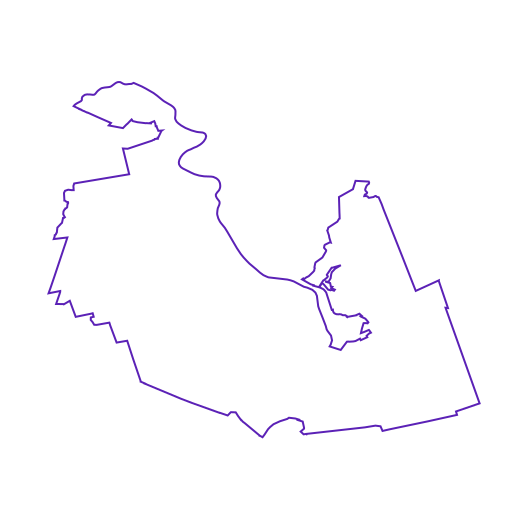 the district of Valgundes pag., Jelgava, Latvia, rotated 175°
{"feature_id": "27541924B46237996124836", "entity_name": "Valgundes pag.", "entity_type": "district", "adm_level": 2, "iso_a3": "LVA", "parent_name": "Latvia", "parent_adm1": "Jelgava", "projection": "natural_earth1", "projection_center": [23.642, 56.791], "detail": "fine", "context": "isolated", "style": "outline", "palette": "violet", "viewbox_px": 512, "rotation_deg": 175, "n_neighbors": 0, "source": "geoboundaries", "source_scale": "gbopen_adm2", "svg_char_len": 5998}
<svg xmlns="http://www.w3.org/2000/svg" viewBox="0 0 512 512"><g transform="rotate(175 256 256)"><path d="M99.3,76.3L69.6,80.2L70.3,83.7L46.1,89.7L71.7,187.9L69.3,187.4L76.1,215.3L76.0,215.8L99.9,207.3L110.2,242.3L124.8,291.1L126.3,296.7L128.7,303.8L130.5,304.4L131.2,305.2L131.9,305.4L132.6,305.1L133.9,304.5L138.5,304.1L139.0,304.5L139.4,305.3L140.1,305.8L141.4,306.2L142.9,306.2L142.6,307.0L142.2,307.7L140.9,308.2L140.2,308.6L139.8,309.3L139.8,309.7L140.9,311.0L141.3,311.7L141.4,312.1L141.4,312.9L140.5,314.9L139.6,316.4L138.6,317.4L137.5,317.9L137.1,318.5L136.9,319.2L137.2,320.3L150.3,322.2L153.6,314.1L168.2,307.5L169.1,292.0L169.2,289.3L169.4,286.0L169.8,285.9L170.1,285.7L172.0,283.1L181.5,278.0L182.3,275.8L182.8,275.3L181.5,270.0L181.4,268.0L180.3,262.9L180.8,263.1L181.4,263.1L186.3,261.2L186.9,260.6L187.5,258.3L186.9,257.4L185.6,255.6L185.7,255.0L186.1,254.2L190.0,248.7L197.2,244.4L197.7,243.4L198.8,239.6L198.7,239.1L198.5,238.8L199.0,237.7L199.3,236.3L199.7,235.9L200.5,235.1L205.1,231.4L206.9,230.6L207.5,230.5L209.9,228.9L210.8,229.6L212.2,228.7L204.2,223.2L203.2,222.7L201.1,221.9L201.4,221.4L195.7,219.3L194.3,218.6L191.9,217.1L191.1,216.3L189.7,214.3L189.2,213.3L185.2,195.7L184.1,195.8L184.2,195.2L183.8,193.5L183.6,193.0L183.1,192.3L182.0,191.5L180.9,191.0L178.9,190.7L178.1,190.8L176.2,190.4L174.8,189.5L172.1,189.2L170.4,187.9L170.8,187.5L170.4,187.1L170.0,187.4L161.3,188.2L161.3,188.4L158.0,189.5L156.4,187.7L155.9,187.2L157.1,186.8L156.7,186.4L152.9,184.3L152.2,183.6L150.1,180.6L150.1,180.3L149.9,180.1L150.7,179.2L151.4,179.4L153.5,179.7L154.7,179.7L156.8,174.4L158.2,170.0L154.9,170.9L150.0,172.5L149.6,172.0L148.2,169.6L150.3,168.8L152.8,166.8L152.2,165.4L159.0,163.0L159.6,164.6L164.3,162.6L166.6,162.4L170.7,162.5L171.4,162.7L172.9,162.7L179.8,155.0L187.4,158.2L190.5,159.5L189.2,161.4L188.9,162.3L187.6,165.3L188.2,170.2L191.2,175.0L192.0,176.7L192.6,180.2L195.0,188.6L197.8,197.9L198.4,200.5L198.8,211.0L200.0,214.4L202.8,217.4L207.7,220.0L211.0,221.2L220.6,227.4L223.8,228.8L226.8,229.8L244.8,233.5L245.6,233.7L247.7,234.8L250.3,236.3L253.6,239.2L256.8,242.6L263.2,249.0L265.6,251.9L268.4,255.5L270.9,259.2L274.3,265.4L282.5,282.7L284.6,286.8L288.0,291.8L289.0,293.5L290.3,296.8L290.8,299.4L291.0,300.4L291.0,301.8L290.5,304.6L289.9,306.9L288.2,310.1L287.7,311.5L287.6,312.8L287.8,313.7L290.0,317.2L290.7,319.1L290.7,320.0L290.6,320.9L289.1,322.8L288.0,323.8L286.9,325.0L286.3,326.1L285.8,327.3L285.5,328.8L285.5,330.9L285.7,332.2L286.1,333.4L286.4,334.2L286.9,334.9L287.6,335.8L288.8,336.9L291.6,338.5L293.6,339.0L300.8,339.9L302.4,340.3L305.6,341.1L310.2,342.9L313.7,344.9L321.0,349.4L322.9,350.9L324.0,352.5L324.7,354.2L324.7,356.1L324.2,357.8L323.9,358.6L322.3,361.2L320.0,363.7L317.6,365.5L315.4,366.8L313.8,367.4L311.9,367.9L308.3,369.3L305.5,370.1L301.8,371.9L300.0,373.1L298.1,374.7L296.0,377.4L295.2,379.8L295.5,380.9L295.9,382.0L296.8,382.8L298.2,383.6L302.9,384.5L304.5,384.9L309.5,386.8L315.1,389.7L319.1,392.5L321.7,394.8L323.3,396.6L323.8,397.6L324.4,399.1L324.6,399.9L324.5,401.1L324.0,403.5L323.6,407.2L323.7,408.6L324.2,409.7L324.8,410.8L325.7,411.9L327.5,413.5L333.9,418.0L335.3,419.2L340.5,424.3L343.9,427.3L351.2,432.4L355.1,434.9L362.8,439.1L365.1,438.3L367.5,438.4L369.9,438.3L370.9,438.4L371.7,438.5L373.3,439.2L375.2,440.5L376.0,441.0L376.9,441.2L378.3,441.3L379.6,441.0L380.8,440.5L385.2,437.8L386.3,437.3L387.9,437.1L392.3,437.0L394.9,436.7L396.2,436.2L398.5,434.8L399.8,433.8L401.8,431.7L402.7,431.0L403.2,430.8L404.5,430.8L407.4,431.4L410.3,431.7L412.3,431.5L413.3,431.0L414.9,429.9L415.3,429.4L415.8,428.0L415.8,427.1L416.0,426.4L416.9,425.5L420.9,423.8L421.7,423.4L423.4,422.4L424.6,421.2L421.8,419.5L418.3,417.5L418.5,417.4L416.9,416.6L416.8,416.4L415.0,415.4L414.7,415.4L414.5,415.2L411.6,413.5L411.3,413.6L401.7,408.2L388.9,401.2L391.3,398.9L377.4,395.0L373.3,398.5L373.2,398.5L372.6,398.9L368.0,402.9L367.7,402.5L367.3,401.4L366.9,401.1L362.4,399.6L354.3,397.9L353.4,397.9L348.2,397.1L349.4,398.0L345.6,399.2L344.8,396.8L344.6,394.0L343.7,394.0L343.5,392.6L342.4,389.2L338.8,389.2L339.3,388.9L343.0,382.6L343.6,382.5L343.5,381.4L346.7,381.4L347.1,380.7L348.4,380.5L349.4,380.0L351.0,379.6L374.5,374.0L379.2,374.7L375.2,348.5L430.8,344.1L431.8,341.7L431.9,337.5L434.1,337.7L437.3,338.4L440.6,337.6L441.7,335.7L441.8,335.3L442.0,329.0L442.1,328.0L441.6,327.9L440.1,326.5L438.6,326.1L438.5,325.2L438.9,324.4L439.2,324.3L439.9,321.0L440.8,320.2L441.8,320.0L442.1,319.3L442.7,319.0L443.9,317.2L444.4,314.5L443.6,312.4L443.0,311.3L444.2,310.6L444.9,310.7L446.3,306.2L446.6,305.7L446.9,305.6L451.4,301.6L452.4,296.6L453.1,296.0L453.5,294.9L454.7,294.3L454.9,293.0L456.0,290.5L442.3,290.9L445.3,283.8L445.6,283.2L458.9,252.5L463.5,242.1L465.9,236.9L454.1,238.2L454.2,237.3L455.1,235.1L459.3,225.6L452.0,224.9L451.7,224.6L445.4,227.6L440.9,211.1L425.3,212.9L423.7,213.2L423.0,209.6L425.9,209.2L426.2,206.7L424.5,204.3L423.2,201.6L421.0,201.3L420.4,201.3L407.9,202.4L407.5,200.7L407.5,200.3L402.4,181.9L391.7,182.8L387.3,163.8L381.8,141.4L381.8,141.2L381.9,140.9L377.9,138.8L377.3,138.4L377.5,138.3L343.1,120.3L332.4,115.1L305.9,102.9L305.8,103.0L298.1,99.6L294.8,102.5L294.6,102.6L289.8,102.0L287.9,98.3L285.2,93.9L285.0,94.0L283.5,92.0L281.9,90.6L268.3,77.1L268.2,76.6L267.6,76.5L265.3,74.9L263.1,77.3L259.1,82.4L256.8,84.4L253.2,86.9L246.5,89.3L239.0,91.0L237.3,92.0L231.0,90.7L228.3,89.6L228.9,89.4L229.0,89.1L223.9,87.0L223.1,80.7L223.2,79.8L226.8,77.2L224.1,74.2L221.4,74.4L221.0,74.0L220.6,74.4L162.5,75.8L151.8,76.6L146.8,75.5L145.2,70.7L138.0,71.7L99.3,76.3ZM188.6,224.5L188.6,224.2L184.5,222.6L184.1,219.1L182.6,218.6L183.8,217.4L180.4,215.6L181.3,214.6L183.2,215.5L184.8,215.5L184.9,215.4L187.1,216.2L190.8,221.6L191.6,222.5L193.0,222.9L195.0,220.1L195.3,219.6L195.8,219.8L191.1,225.8L190.3,226.1L186.8,228.5L186.2,229.6L186.8,230.4L187.1,230.9L187.1,231.1L181.7,237.7L181.4,237.6L172.3,239.4L178.2,236.5L181.9,233.2L182.7,231.2L183.6,227.3L186.0,224.0L188.6,224.5Z" fill="none" stroke="#5b21b6" stroke-width="2"/></g></svg>